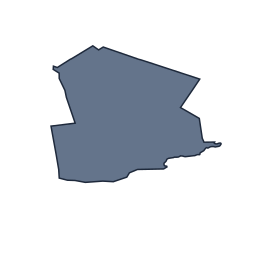 Monroe, Pennsylvania, United States of America (Robinson projection), rotated 22°
{"feature_id": "52423323B86940080829483", "entity_name": "Monroe", "entity_type": "district", "adm_level": 2, "iso_a3": "USA", "parent_name": "United States of America", "parent_adm1": "Pennsylvania", "projection": "robinson", "projection_center": [-75.179, 41.033], "detail": "fine", "context": "isolated", "style": "filled", "palette": "slate", "viewbox_px": 256, "rotation_deg": 22, "n_neighbors": 0, "source": "geoboundaries", "source_scale": "gbopen_adm2", "svg_char_len": 1241}
<svg xmlns="http://www.w3.org/2000/svg" viewBox="0 0 256 256"><g transform="rotate(22 128 128)"><path d="M220.2,107.9L220.1,107.6L219.6,107.3L218.9,107.5L218.0,108.0L216.4,109.4L215.4,109.8L214.5,109.9L213.7,109.8L213.5,109.6L213.6,108.6L203.8,112.7L200.7,109.7L190.5,92.4L169.0,89.4L173.9,66.8L176.2,55.8L128.2,59.0L114.2,60.0L112.2,60.3L74.7,62.2L71.5,66.6L64.6,65.0L49.5,85.2L48.9,85.7L39.8,98.4L35.7,98.6L36.7,101.7L43.6,102.9L45.7,107.9L55.4,116.7L59.4,122.7L77.2,143.3L55.9,155.1L71.2,179.3L79.4,192.6L83.0,200.2L91.4,199.1L98.5,196.5L108.8,194.4L124.5,186.7L134.5,183.3L145.3,174.0L146.1,169.0L152.3,162.9L176.4,152.6L178.7,149.5L178.2,148.9L176.4,149.3L175.8,149.2L175.2,148.6L174.7,147.7L174.7,146.7L175.3,145.6L175.6,144.8L175.8,144.0L175.7,142.7L176.0,142.0L176.9,141.0L178.0,140.3L181.4,138.3L181.8,137.7L184.1,136.8L185.5,136.1L186.9,134.6L187.0,134.2L189.4,133.5L191.0,133.4L192.3,132.9L199.4,129.0L200.3,128.6L202.0,126.9L203.0,126.4L204.4,125.9L204.5,125.6L204.2,124.4L204.4,123.7L206.1,121.5L206.7,120.7L207.0,119.8L207.2,118.8L207.9,117.1L208.3,116.7L209.6,116.7L211.4,114.6L212.7,113.8L214.2,113.2L216.0,112.9L219.2,110.9L219.9,110.0L220.3,108.2L220.2,107.9Z" fill="#64748b" stroke="#1e293b" stroke-width="1.5"/></g></svg>